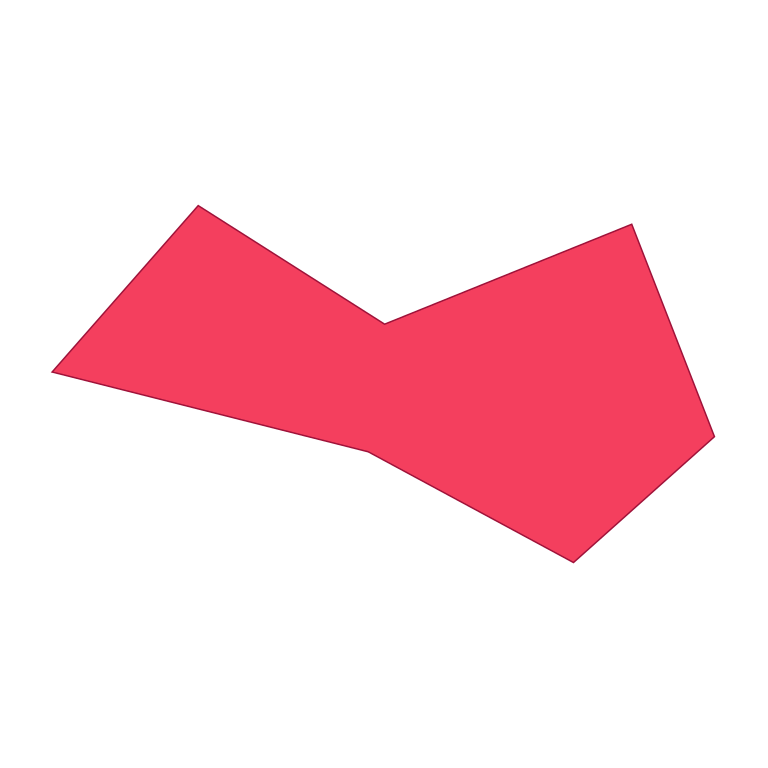 Covington, Virginia, United States of America, rotated 272°
{"feature_id": "52423323B91815007109121", "entity_name": "Covington", "entity_type": "district", "adm_level": 2, "iso_a3": "USA", "parent_name": "United States of America", "parent_adm1": "Virginia", "projection": "albers", "projection_center": [-79.988, 37.781], "detail": "fine", "context": "isolated", "style": "filled", "palette": "rose", "viewbox_px": 768, "rotation_deg": 272, "n_neighbors": 0, "source": "geoboundaries", "source_scale": "gbopen_adm2", "svg_char_len": 266}
<svg xmlns="http://www.w3.org/2000/svg" viewBox="0 0 768 768"><g transform="rotate(272 384 384)"><path d="M212.2,579.6L342.9,716.1L552.3,626.0L443.8,382.5L555.8,192.1L384.4,51.9L315.7,370.6L212.2,579.6Z" fill="#f43f5e" stroke="#9f1239" stroke-width="1.5"/></g></svg>